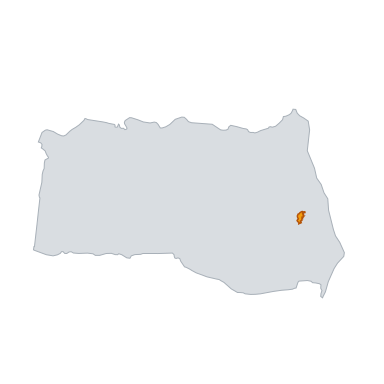 location of Assin Fosu, Central, Ghana, rotated 277°
{"feature_id": "2480657B24956698199939", "entity_name": "Assin Fosu", "entity_type": "district", "adm_level": 2, "iso_a3": "GHA", "parent_name": "Ghana", "parent_adm1": "Central", "projection": "natural_earth1", "projection_center": [-1.29, 5.722], "detail": "fine", "context": "in_parent", "style": "filled", "palette": "amber", "viewbox_px": 384, "rotation_deg": 277, "n_neighbors": 0, "source": "geoboundaries", "source_scale": "gbopen_adm2", "svg_char_len": 3851}
<svg xmlns="http://www.w3.org/2000/svg" viewBox="0 0 384 384"><g transform="rotate(277 192 192)"><path d="M232.8,35.9L235.5,38.9L236.1,40.6L235.1,47.0L233.1,51.5L231.9,55.8L232.0,57.9L233.3,60.0L237.4,63.3L239.5,65.4L242.0,68.7L244.9,71.9L249.9,76.0L251.9,76.8L251.8,77.9L251.2,79.5L250.7,94.9L250.4,98.9L250.0,100.9L249.6,106.7L249.0,107.5L248.1,107.5L247.2,107.7L247.0,108.8L247.4,110.0L250.4,110.8L249.7,111.7L247.5,112.5L246.5,114.2L246.9,116.2L245.7,117.8L246.1,118.9L246.8,119.7L248.1,119.4L251.6,116.7L253.0,116.4L254.8,117.0L258.2,121.0L258.3,123.0L257.0,129.8L255.6,135.1L255.4,142.0L256.8,146.0L256.6,148.1L255.1,150.0L251.7,152.7L251.9,154.5L253.5,158.0L256.4,161.8L262.1,166.5L265.1,172.7L265.2,175.2L263.4,177.8L261.4,179.9L260.7,183.1L261.7,203.8L257.2,212.7L257.1,215.3L257.6,218.3L258.8,220.1L261.1,220.6L262.9,222.3L262.3,228.6L261.3,235.0L261.2,238.1L260.6,239.6L258.8,240.8L258.2,242.9L258.6,245.4L258.3,247.2L259.3,249.6L261.3,252.6L264.6,260.0L265.9,260.6L266.4,262.1L266.1,263.7L267.4,266.9L271.0,270.2L274.8,273.1L278.0,273.5L278.7,276.0L280.7,279.3L282.2,280.7L284.6,281.7L286.5,282.2L286.6,284.9L283.1,286.8L280.8,289.6L279.0,294.0L276.5,298.7L267.9,301.2L264.6,301.2L247.0,301.4L230.5,310.7L221.0,314.1L215.2,319.3L207.3,323.1L201.8,327.6L190.5,329.8L171.8,337.0L165.9,339.8L160.0,344.8L150.4,350.6L146.6,350.5L139.1,345.1L133.4,342.4L119.6,338.2L109.2,336.6L104.2,334.8L102.9,334.5L104.0,332.5L106.9,332.4L110.0,333.0L112.2,331.5L115.6,331.3L116.5,329.7L116.8,325.8L116.7,322.6L117.9,321.2L118.2,317.4L116.6,309.1L115.4,308.2L109.4,307.0L108.9,305.4L107.8,303.6L106.7,299.4L105.4,293.0L103.3,285.1L99.2,272.1L98.2,267.5L97.5,262.8L97.4,257.2L98.2,255.1L98.1,252.3L97.8,249.4L100.6,242.8L106.2,234.7L107.4,231.7L108.4,229.7L108.6,226.8L109.6,217.3L112.3,205.9L114.0,201.6L115.1,199.3L116.5,195.5L116.8,193.7L122.0,189.2L124.4,188.0L124.9,186.2L124.1,184.3L124.4,183.0L125.7,182.3L127.6,181.8L129.0,180.0L126.8,165.9L125.1,151.8L125.0,150.7L123.9,148.7L122.9,142.9L121.2,139.5L118.7,138.5L118.7,135.3L121.2,129.9L121.8,126.8L120.7,125.8L120.5,123.4L121.3,119.4L120.9,116.9L120.5,114.3L117.9,108.2L117.3,103.8L118.6,101.3L118.6,95.7L117.2,87.1L117.0,81.7L118.0,79.4L117.5,77.3L115.7,75.2L115.5,73.2L117.1,71.3L116.9,69.8L115.0,68.7L113.2,66.0L111.7,61.9L112.0,55.1L114.9,42.8L115.3,41.7L118.6,41.8L118.6,42.3L128.9,42.2L140.7,42.1L154.8,41.9L167.6,41.8L168.2,41.2L170.3,40.5L183.3,41.8L191.3,41.2L194.8,41.6L197.3,42.4L202.9,41.9L205.9,42.2L208.1,45.3L209.0,45.3L210.3,44.0L212.5,42.5L214.8,41.3L216.4,38.9L217.4,37.0L218.9,37.4L221.0,37.3L222.4,35.8L222.9,33.4L232.8,35.9Z" fill="#d9dde1" stroke="#a8b0b8" stroke-width="1"/><path d="M175.1,304.0L176.5,303.3L176.8,303.8L177.1,304.3L177.2,304.5L177.3,304.5L177.4,304.4L177.5,304.4L177.8,304.4L178.0,304.4L178.0,304.5L178.3,304.5L178.7,304.4L178.8,304.4L179.0,304.4L179.2,304.5L179.2,304.4L179.3,304.4L179.3,304.5L179.4,304.4L179.5,304.4L179.8,304.4L179.8,304.5L180.0,304.5L180.2,304.4L180.2,304.5L180.3,304.5L180.5,304.6L180.5,304.9L180.5,305.1L180.6,305.3L180.7,305.5L180.8,305.5L181.0,305.7L181.2,305.8L181.5,305.6L181.7,305.8L181.8,305.9L181.8,305.7L182.0,305.5L182.1,305.4L182.3,305.3L182.4,305.2L182.5,305.2L182.8,305.1L183.0,305.2L183.0,305.3L183.4,305.4L183.5,305.3L183.7,305.2L183.7,304.9L183.7,304.7L183.8,304.6L184.0,304.7L184.2,304.4L184.3,304.4L184.6,304.6L185.1,305.2L185.3,305.5L185.2,306.5L185.5,306.6L185.9,306.6L186.1,306.2L185.8,305.5L186.0,304.1L185.9,304.0L186.0,303.9L186.1,303.7L185.6,302.9L184.9,301.9L184.1,301.3L183.4,300.9L183.0,300.0L182.2,299.8L181.2,299.5L180.5,299.6L179.3,300.1L178.5,300.8L177.8,300.6L177.5,300.2L177.0,300.0L176.4,299.8L175.8,300.3L175.2,301.0L174.9,301.7L174.3,301.9L173.5,301.9L173.7,302.2L174.4,303.5L174.7,303.4L175.0,303.4L175.0,303.5L175.1,303.8L175.1,304.0Z" fill="#f59e0b" stroke="#b45309" stroke-width="1.5"/></g></svg>